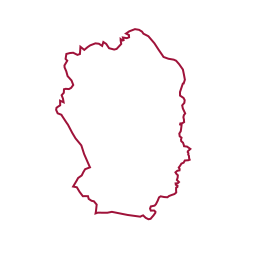 outline of Sanquin Dist #2, Sinoe, Liberia, rotated 339°
{"feature_id": "62588387B29712288551419", "entity_name": "Sanquin Dist #2", "entity_type": "district", "adm_level": 2, "iso_a3": "LBR", "parent_name": "Liberia", "parent_adm1": "Sinoe", "projection": "albers", "projection_center": [-9.171, 5.211], "detail": "fine", "context": "isolated", "style": "outline", "palette": "rose", "viewbox_px": 256, "rotation_deg": 339, "n_neighbors": 0, "source": "geoboundaries", "source_scale": "gbopen_adm2", "svg_char_len": 2361}
<svg xmlns="http://www.w3.org/2000/svg" viewBox="0 0 256 256"><g transform="rotate(339 128 128)"><path d="M195.9,106.4L198.4,103.3L199.3,98.5L200.2,93.1L198.6,86.7L197.0,82.4L195.2,80.6L190.5,77.8L186.6,74.4L186.3,72.9L184.6,65.8L183.0,58.3L179.9,49.6L176.2,45.5L175.6,43.0L174.1,41.1L173.5,40.3L169.9,38.2L163.8,38.2L160.0,39.1L162.2,41.6L161.5,43.7L159.1,43.7L155.7,41.7L155.4,44.4L154.3,44.4L153.0,42.3L152.5,43.7L151.8,47.1L145.7,50.1L143.2,49.8L138.9,46.7L137.8,41.7L135.8,38.9L133.3,42.1L131.0,38.9L127.9,37.3L122.3,37.3L119.3,38.0L115.2,39.4L112.7,35.1L111.4,38.0L109.6,41.7L107.0,41.6L103.8,38.1L100.6,37.2L97.0,36.8L94.5,41.1L95.4,43.4L91.1,46.8L90.9,47.4L90.5,48.8L90.7,52.9L90.2,57.9L92.3,63.4L92.3,68.2L89.5,70.0L89.1,70.2L86.8,70.5L83.9,69.1L82.1,68.9L80.7,72.1L77.8,73.6L77.8,77.3L77.1,80.9L74.4,78.2L72.9,82.3L72.8,82.5L69.9,83.1L68.5,83.5L67.4,85.3L67.6,89.1L70.6,91.8L70.7,92.7L71.5,96.4L72.2,99.6L72.7,101.8L73.1,103.2L74.2,112.6L75.3,118.9L78.2,127.5L77.7,136.6L78.3,149.5L78.4,151.1L73.2,151.1L70.5,153.2L67.8,155.7L63.5,156.8L61.4,158.6L55.8,163.0L59.0,165.0L59.9,170.2L61.4,175.5L62.6,175.9L66.2,177.3L65.9,180.1L67.9,182.9L69.9,184.2L71.3,188.3L68.1,194.5L67.1,196.1L69.4,196.2L78.3,199.7L82.9,200.5L96.4,209.0L107.7,215.2L109.0,215.0L110.8,215.0L112.3,218.2L114.4,220.5L116.5,220.9L118.3,219.9L120.4,218.8L123.1,217.0L123.6,216.0L122.8,214.4L119.7,213.3L119.7,211.2L119.9,210.9L121.2,209.4L125.0,210.0L126.7,209.2L129.6,206.6L132.1,203.9L134.0,203.5L137.0,205.4L140.0,206.8L141.9,206.2L145.0,206.2L147.7,206.3L149.9,205.5L150.3,204.3L150.7,203.0L151.6,200.9L152.9,200.8L153.5,199.8L152.3,198.1L152.6,196.8L154.6,197.4L156.2,196.7L155.0,194.0L156.5,192.2L157.6,190.0L156.7,188.0L156.4,186.4L158.7,185.6L160.9,186.0L161.5,184.8L161.2,183.1L163.0,182.0L165.1,180.4L167.5,180.3L169.4,178.7L172.7,179.7L174.2,179.7L174.2,178.2L174.9,175.9L174.7,174.3L175.4,173.2L175.1,171.9L175.5,171.2L178.7,169.9L177.3,167.8L176.4,166.5L173.8,165.1L174.0,164.0L174.1,161.5L173.0,159.4L173.3,157.9L174.5,156.2L173.3,154.3L173.9,151.6L176.1,149.9L177.4,147.6L179.1,144.4L177.9,143.4L178.5,142.5L180.3,143.0L182.5,142.6L182.9,141.2L183.2,140.4L183.6,137.7L183.9,137.3L184.8,136.0L186.6,134.9L186.2,129.4L186.7,126.3L189.6,124.7L190.9,122.3L190.6,119.8L188.2,116.4L189.4,113.1L195.1,106.2L195.9,106.4Z" fill="none" stroke="#9f1239" stroke-width="2"/></g></svg>